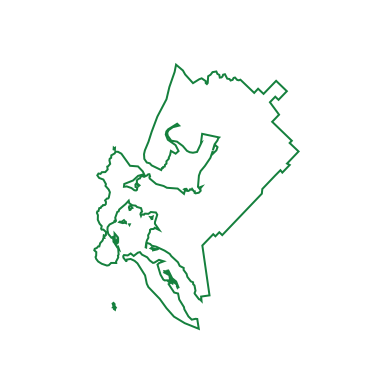 Invercargill City, Southland, New Zealand, rotated 44°
{"feature_id": "76426892B89444897674661", "entity_name": "Invercargill City", "entity_type": "district", "adm_level": 2, "iso_a3": "NZL", "parent_name": "New Zealand", "parent_adm1": "Southland", "projection": "mercator", "projection_center": [168.346, -46.488], "detail": "fine", "context": "isolated", "style": "outline", "palette": "green", "viewbox_px": 384, "rotation_deg": 44, "n_neighbors": 0, "source": "geoboundaries", "source_scale": "gbopen_adm2", "svg_char_len": 6144}
<svg xmlns="http://www.w3.org/2000/svg" viewBox="0 0 384 384"><g transform="rotate(44 192 192)"><path d="M101.1,110.9L92.1,111.5L96.1,117.7L102.8,132.2L109.2,143.0L114.7,161.8L121.2,176.8L125.8,186.1L129.2,194.8L131.2,198.1L134.7,201.3L139.0,202.2L141.7,200.7L144.5,200.9L154.6,197.6L153.8,195.8L154.3,195.5L154.4,194.7L153.9,194.2L154.7,192.6L153.7,191.2L153.9,189.3L152.3,187.7L152.2,184.1L151.4,183.4L150.5,180.6L148.3,177.1L153.6,175.8L153.9,171.9L147.6,169.7L138.3,171.2L133.2,168.9L131.5,166.2L131.3,163.5L133.9,153.2L136.6,153.2L133.2,158.7L132.2,163.9L133.1,166.7L135.5,168.4L141.4,169.5L146.2,166.2L153.4,165.3L159.8,165.9L162.7,165.0L165.4,163.1L167.8,159.7L164.6,150.2L164.5,150.7L158.9,143.1L173.6,133.9L173.6,135.3L174.5,137.3L175.1,141.9L178.0,147.6L176.1,143.2L176.4,142.1L179.2,142.0L180.6,145.1L180.4,151.4L178.4,148.1L181.5,154.6L183.2,164.3L183.7,171.1L185.6,175.4L192.7,184.1L195.1,184.4L194.3,183.3L195.3,181.2L195.5,183.7L197.4,185.1L197.4,187.8L195.5,190.5L194.4,190.8L193.6,189.6L192.6,190.2L189.9,189.7L190.1,190.6L188.8,191.3L189.1,192.5L188.5,194.0L187.3,194.8L187.3,194.0L185.8,193.6L184.7,194.8L184.5,195.5L185.6,195.3L187.5,198.9L179.3,199.5L171.0,206.4L167.4,207.4L160.7,211.1L152.2,211.7L151.0,210.9L151.0,209.9L149.0,208.8L148.2,209.7L148.1,211.5L147.0,214.4L145.5,214.8L144.4,216.6L145.1,218.4L144.4,219.5L144.2,222.0L146.5,224.0L149.6,223.7L149.5,224.9L146.0,224.5L146.1,225.9L147.9,227.6L149.5,226.8L150.9,228.6L150.7,229.8L149.3,230.8L145.7,231.2L141.2,233.3L139.4,235.5L137.7,233.3L141.6,224.7L142.0,217.8L144.2,214.1L145.8,212.7L142.3,211.4L135.4,211.1L129.2,216.2L114.6,213.5L110.8,214.5L108.9,216.3L109.6,217.9L108.5,221.7L110.1,223.6L109.7,225.2L110.6,226.6L113.6,228.6L113.8,231.7L113.4,232.6L115.7,234.4L115.8,237.9L113.4,240.4L113.6,242.5L111.9,243.7L112.3,245.8L115.4,246.4L119.6,244.6L124.6,246.1L125.5,247.7L130.3,248.1L133.1,249.2L136.1,253.9L136.1,255.1L135.4,255.7L135.3,258.4L137.0,258.9L138.4,260.6L138.4,261.9L137.1,263.2L137.4,264.3L136.9,265.3L137.4,266.9L136.5,268.0L138.0,270.8L137.4,271.8L138.1,273.1L140.4,274.0L143.5,277.4L147.6,279.0L150.7,279.2L152.1,281.5L153.1,281.8L154.4,280.6L157.9,280.5L160.0,282.8L160.0,283.8L158.6,284.4L159.3,285.4L160.9,285.9L160.3,286.8L161.4,289.1L161.5,292.6L163.1,295.5L162.3,296.2L162.4,298.4L161.5,300.4L162.2,301.8L164.9,301.7L167.4,304.5L167.8,305.8L169.6,306.7L172.8,307.2L177.0,306.3L181.9,304.0L183.0,302.5L183.1,299.2L186.8,295.7L185.7,294.8L184.4,290.3L182.9,289.2L182.7,288.0L178.7,284.4L180.2,284.7L177.9,284.1L179.4,284.0L175.7,282.1L177.7,283.4L176.9,283.8L170.3,282.2L170.9,281.0L174.5,282.0L173.4,281.4L173.5,280.7L174.7,280.7L171.0,279.6L171.2,278.6L172.8,278.5L171.3,276.9L170.3,276.8L170.2,276.1L165.1,275.6L170.8,281.0L170.2,282.2L166.3,279.4L165.8,280.9L160.8,280.3L157.5,278.0L155.7,275.9L155.3,272.6L156.9,268.0L156.2,266.4L156.5,265.8L157.4,266.2L157.4,265.6L154.7,263.9L152.1,258.2L152.7,256.9L151.8,255.2L152.6,246.9L152.5,242.2L154.8,243.7L158.3,243.0L160.9,241.0L162.8,241.0L166.6,239.0L169.7,240.8L169.6,242.3L170.3,243.8L171.9,244.6L171.6,243.8L172.2,242.1L173.2,241.8L173.2,240.2L175.8,238.0L176.3,235.0L180.3,231.8L182.8,232.5L186.2,239.3L187.4,240.6L194.9,242.1L190.0,243.7L190.1,245.2L188.3,247.2L188.1,248.4L189.6,250.2L190.5,253.6L192.4,255.2L193.2,258.1L194.5,260.5L197.1,264.0L197.6,263.8L195.0,260.7L194.9,259.9L197.9,258.5L200.4,258.5L204.3,256.2L213.0,253.2L219.0,252.0L221.7,252.5L230.7,252.3L234.5,253.7L238.8,252.4L240.1,253.9L245.0,254.7L247.7,256.3L253.2,257.1L255.5,256.2L256.9,257.5L258.7,257.5L263.1,260.6L264.1,263.0L264.8,263.3L271.5,264.3L272.2,264.0L271.6,263.7L274.6,263.8L271.2,260.9L276.4,254.2L236.6,223.3L236.6,207.6L239.6,207.6L239.6,202.0L243.7,202.0L243.4,144.7L240.5,141.0L240.4,122.4L240.5,114.9L243.5,115.3L243.5,104.7L240.6,105.5L240.5,88.8L228.2,88.9L228.2,85.8L200.9,85.8L200.9,75.9L185.7,73.3L185.7,65.6L190.2,65.6L190.2,53.6L175.3,53.6L175.3,71.7L167.8,71.8L167.9,77.5L148.8,77.6L148.1,79.1L146.7,80.0L143.4,79.8L142.7,81.0L143.3,83.2L142.3,85.0L140.5,84.7L138.6,86.0L133.9,84.4L132.9,86.0L133.7,87.7L133.6,89.1L132.5,90.4L130.3,88.8L128.2,89.4L125.8,88.4L123.5,91.5L123.9,94.8L123.2,97.5L127.6,102.7L127.7,104.0L126.2,104.1L124.9,102.7L120.0,103.5L118.9,105.8L117.1,113.0L105.4,112.2L101.1,110.9ZM284.0,279.7L282.7,280.7L280.5,284.0L275.9,284.0L268.0,281.7L266.2,280.4L257.5,278.2L252.5,274.7L249.0,276.7L239.2,274.5L239.5,272.8L238.3,272.8L239.4,271.8L241.6,271.4L240.8,270.0L236.6,271.7L233.7,274.6L232.1,274.9L226.7,273.3L217.6,268.2L217.7,265.9L219.8,261.5L215.4,263.7L214.0,268.9L213.2,270.1L209.1,270.6L205.1,270.1L199.5,271.8L196.3,271.4L195.2,273.3L194.5,278.5L190.6,278.8L189.8,282.3L186.9,284.6L187.1,285.9L188.3,286.9L192.5,287.5L192.8,287.2L192.1,285.8L194.4,282.8L198.5,281.4L202.3,281.2L216.2,284.6L223.2,289.4L226.7,290.7L243.1,291.3L254.3,293.3L265.6,294.2L277.9,291.4L291.9,285.7L284.0,279.7ZM237.6,267.8L229.5,264.9L229.0,265.6L230.4,266.4L230.3,267.5L233.2,267.4L237.4,270.5L242.6,269.3L239.3,268.8L237.9,269.2L236.3,268.0L237.7,268.6L239.4,267.8L243.2,269.4L245.2,269.1L242.0,267.6L242.6,267.6L249.4,270.4L242.8,267.4L237.6,267.8ZM214.2,326.4L212.6,326.3L212.4,327.4L215.1,328.8L215.3,330.0L216.5,329.3L217.2,330.4L218.4,330.2L217.5,328.8L217.6,328.1L215.3,327.7L214.2,326.4ZM164.8,259.7L162.6,259.5L162.1,262.3L160.6,263.5L160.6,264.2L163.8,262.5L165.3,260.4L164.8,259.7ZM160.2,244.9L157.6,244.7L156.8,245.8L157.3,246.9L159.6,248.3L160.1,247.6L159.7,246.1L160.2,244.9ZM204.5,261.0L206.8,257.5L207.4,255.8L206.9,257.0L204.9,258.8L201.7,260.1L201.5,261.2L203.9,260.4L204.5,261.0ZM231.1,267.8L228.3,267.2L227.4,267.9L229.9,268.6L233.1,267.7L230.1,268.5L229.4,268.1L231.1,267.8ZM107.2,215.2L105.9,213.7L105.6,214.6L105.0,214.6L106.0,215.8L107.2,215.2ZM181.3,237.9L180.8,237.0L180.5,237.7L180.9,238.0L179.5,239.0L180.5,239.2L181.3,237.9ZM248.0,270.9L247.9,270.3L246.2,269.7L246.4,270.2L248.0,270.9ZM166.2,260.3L165.6,259.8L165.4,260.7L166.2,260.3ZM229.0,268.5L227.9,268.8L227.8,269.1L228.3,269.2L229.0,268.5ZM182.7,238.4L182.0,238.7L182.1,239.1L182.7,238.4ZM169.9,259.1L169.7,258.5L169.3,258.9L169.9,259.1Z" fill="none" stroke="#15803d" stroke-width="2"/></g></svg>